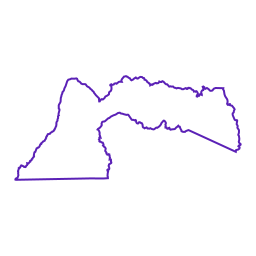 the district of Pracuúba, Amapá, Brazil
{"feature_id": "56859067B17599195278011", "entity_name": "Pracuúba", "entity_type": "district", "adm_level": 2, "iso_a3": "BRA", "parent_name": "Brazil", "parent_adm1": "Amapá", "projection": "natural_earth1", "projection_center": [-51.252, 1.606], "detail": "fine", "context": "isolated", "style": "outline", "palette": "violet", "viewbox_px": 256, "rotation_deg": 0, "n_neighbors": 0, "source": "geoboundaries", "source_scale": "gbopen_adm2", "svg_char_len": 5780}
<svg xmlns="http://www.w3.org/2000/svg" viewBox="0 0 256 256"><path d="M15.9,179.8L90.7,178.4L103.3,178.5L107.9,178.2L107.8,176.6L107.5,176.0L107.7,173.4L108.1,171.4L107.4,170.7L107.4,169.8L107.8,169.5L108.3,169.8L108.8,169.6L109.2,169.0L109.3,168.4L109.1,167.2L108.6,165.9L108.9,165.2L109.0,164.4L111.0,163.2L111.3,162.8L111.3,162.2L110.9,161.7L111.0,160.2L110.9,159.5L110.2,159.3L109.6,159.5L109.7,158.5L110.0,157.6L109.6,156.5L109.6,155.5L109.2,155.1L109.3,154.4L108.8,154.2L108.5,154.7L107.3,154.7L106.9,154.0L106.4,153.6L106.5,152.7L105.2,150.9L105.7,148.6L105.1,147.4L104.1,146.8L103.0,145.5L103.6,144.9L103.1,143.3L102.7,142.6L101.7,142.5L100.6,141.7L99.7,141.7L99.3,141.2L99.5,139.7L99.0,139.3L99.8,138.1L99.4,137.5L99.8,136.9L100.4,137.2L99.5,134.3L99.7,133.0L99.2,131.2L98.2,129.7L97.6,129.5L97.9,129.0L100.0,127.6L101.5,125.7L101.8,124.9L101.5,123.9L102.1,122.1L102.8,121.7L103.5,121.5L104.3,121.5L105.1,121.1L108.0,118.5L108.4,118.2L109.3,118.0L110.9,116.6L113.5,115.3L115.6,114.6L118.0,113.0L119.8,112.7L120.9,113.5L122.4,113.7L123.8,114.2L126.5,114.9L127.3,114.7L128.3,114.8L131.7,119.7L132.2,119.9L133.6,119.9L134.7,120.4L135.4,120.0L135.9,120.3L136.3,122.3L136.8,123.1L137.3,123.4L138.0,123.5L138.5,123.1L139.1,122.2L139.5,122.2L140.2,122.4L141.1,123.1L141.7,123.1L142.5,124.4L142.8,126.9L143.1,127.4L144.1,127.8L144.5,128.3L146.6,127.4L147.5,128.5L148.1,128.4L149.2,128.7L150.3,128.2L151.8,129.0L153.5,129.4L154.2,129.2L156.3,127.6L157.3,127.8L159.5,126.2L160.9,124.5L161.3,123.3L163.4,120.8L163.8,120.6L164.4,120.8L165.2,121.6L165.9,123.0L165.8,123.7L165.4,124.5L165.7,125.5L165.4,126.8L165.5,127.6L166.5,127.5L167.2,128.7L167.9,128.8L168.4,128.6L168.7,128.0L169.3,127.8L170.1,129.4L170.6,129.7L171.6,129.4L174.5,129.1L175.1,128.8L176.2,127.5L177.1,126.9L178.3,125.7L179.2,126.8L179.8,126.8L180.4,128.6L181.4,130.3L181.5,131.2L182.1,131.5L183.2,131.9L185.0,131.9L185.5,131.3L187.3,130.5L188.5,130.1L189.2,130.4L235.8,151.8L236.0,150.2L237.3,149.7L238.1,149.6L239.4,148.6L239.6,147.3L238.4,146.3L238.8,145.5L240.1,145.1L240.6,144.7L240.6,144.1L239.0,142.6L238.8,141.6L239.2,140.2L239.3,138.5L238.9,135.8L238.4,135.2L238.3,134.7L238.9,132.9L239.0,130.7L238.7,129.6L237.7,128.3L237.4,127.7L237.7,126.1L237.5,125.5L236.7,124.3L236.7,123.7L237.2,120.7L236.8,120.1L236.0,120.3L235.2,120.1L234.6,119.6L232.8,115.3L232.6,114.1L232.7,113.4L233.7,112.4L233.9,110.9L234.2,110.1L234.6,109.5L234.3,108.6L232.0,105.7L230.0,105.2L229.9,104.1L229.2,104.1L228.7,104.8L227.9,104.9L227.4,104.4L227.1,103.7L227.5,102.5L227.6,101.4L227.4,100.0L227.1,99.2L225.2,96.3L224.5,94.4L223.9,90.6L223.1,89.4L223.3,88.2L215.6,88.0L213.8,88.7L212.4,90.5L211.1,90.8L210.5,90.8L209.8,90.5L208.7,89.2L206.9,88.0L205.3,88.9L204.9,88.8L204.3,87.2L203.3,86.5L202.7,86.8L203.4,88.7L203.2,90.1L202.5,90.2L202.0,90.6L201.3,91.8L201.2,92.6L201.8,94.3L201.8,94.9L200.1,94.2L199.0,95.8L198.4,95.5L197.4,96.6L196.7,96.4L196.7,95.9L196.9,95.4L197.4,95.5L197.9,93.5L197.3,92.2L196.5,91.2L195.9,91.2L195.4,91.7L194.4,91.3L193.9,91.5L193.7,90.8L192.9,89.9L191.9,89.6L190.8,88.4L190.3,88.3L189.8,87.9L189.2,88.1L188.7,87.8L188.1,87.9L187.9,88.5L187.4,88.9L186.9,89.0L186.4,88.7L186.1,88.2L185.7,88.1L183.3,89.2L182.0,89.2L180.8,88.4L178.0,87.9L176.4,88.4L175.7,87.9L174.6,87.8L173.9,87.4L173.0,86.5L171.5,86.6L170.5,86.3L169.7,86.6L169.2,86.6L167.2,84.3L166.2,84.3L165.2,83.6L163.6,81.8L162.4,81.2L162.0,81.4L161.5,82.0L160.6,82.0L159.3,81.5L159.1,82.2L158.2,83.1L157.4,83.2L156.8,83.4L156.2,83.0L155.7,82.9L153.8,83.7L153.3,84.2L152.8,84.2L152.5,84.8L152.1,84.9L151.3,84.5L150.2,85.3L150.0,84.2L149.7,83.7L149.3,83.3L148.8,83.3L148.5,82.8L147.0,81.7L146.8,81.0L146.3,80.4L144.4,79.6L144.4,78.7L143.9,78.0L142.8,77.9L142.1,77.1L140.5,76.9L139.7,77.2L137.8,78.6L137.3,78.3L136.5,78.3L135.8,77.5L133.9,78.7L133.3,79.4L131.5,80.3L130.7,79.7L129.9,78.3L128.5,77.7L127.5,76.7L126.6,76.6L126.2,76.2L125.7,76.2L124.4,76.6L124.0,76.6L122.1,78.9L121.4,80.3L121.4,80.9L121.8,81.8L119.6,81.7L118.8,81.9L116.6,83.7L115.9,83.3L114.4,83.6L113.7,84.5L112.4,84.9L111.8,84.9L111.3,84.3L110.4,84.7L110.3,85.4L111.0,85.7L111.4,86.5L111.5,89.0L111.0,90.7L109.1,92.3L108.9,94.4L107.1,95.7L105.4,96.5L104.4,98.2L102.8,99.5L101.9,99.1L100.7,99.9L99.7,101.4L99.2,101.4L99.0,99.2L99.2,98.6L98.9,98.2L95.9,95.2L94.4,93.2L94.0,92.8L93.6,91.7L92.5,90.9L91.7,89.8L90.2,88.7L89.6,87.8L88.3,86.9L87.6,86.7L86.9,86.1L85.7,84.4L85.0,84.1L82.4,84.1L81.1,83.5L80.7,82.8L79.5,81.6L78.3,81.3L77.6,80.2L77.1,78.8L76.3,78.4L74.5,78.7L71.3,78.6L70.6,79.1L68.3,79.7L67.2,81.2L65.6,86.1L64.4,88.4L64.0,90.1L63.2,91.5L62.7,91.8L62.4,92.3L62.3,93.4L61.5,95.2L61.4,96.1L60.8,98.0L60.6,101.4L60.3,102.4L59.0,104.6L58.7,105.7L58.8,107.4L58.7,108.0L58.8,108.7L59.4,109.2L59.5,110.0L58.6,113.5L58.5,114.9L58.8,115.4L58.3,115.8L58.0,116.4L58.1,118.1L57.5,119.3L57.5,120.7L56.7,121.8L56.3,123.2L56.5,124.0L56.2,125.2L56.3,125.8L55.7,126.9L55.4,127.8L54.7,128.9L54.7,129.5L54.2,129.8L53.9,130.6L53.4,131.2L52.2,131.6L51.9,132.1L50.5,132.8L49.9,133.8L47.8,134.2L47.7,134.7L46.9,135.7L46.9,136.3L46.4,136.7L46.1,137.3L46.2,137.9L45.8,138.4L45.7,139.0L44.9,140.0L44.7,140.7L42.9,141.6L42.5,142.3L41.2,143.3L41.2,144.0L40.6,144.1L40.4,144.7L40.0,145.0L39.6,146.3L38.9,147.2L38.3,147.7L37.6,147.7L37.1,148.2L36.6,148.4L35.3,151.9L34.6,152.1L34.3,152.8L33.8,155.4L34.1,156.1L33.9,156.8L33.4,157.1L32.7,158.0L32.5,158.7L31.8,159.1L31.5,160.2L30.2,160.8L30.3,161.6L29.8,161.9L28.4,163.5L27.2,163.2L27.3,164.6L27.1,165.1L26.2,165.8L25.7,166.9L25.3,167.1L24.0,166.9L23.7,166.3L22.3,165.9L21.7,165.4L21.2,165.4L20.7,166.1L20.1,167.6L19.7,167.8L19.2,167.7L18.8,168.0L19.0,168.6L18.6,169.1L18.6,169.6L18.1,170.7L18.0,171.5L18.3,172.0L18.1,173.3L18.4,175.2L18.2,175.8L17.6,177.7L15.8,178.6L15.5,179.0L15.4,179.6L15.9,179.8Z" fill="none" stroke="#5b21b6" stroke-width="2"/></svg>